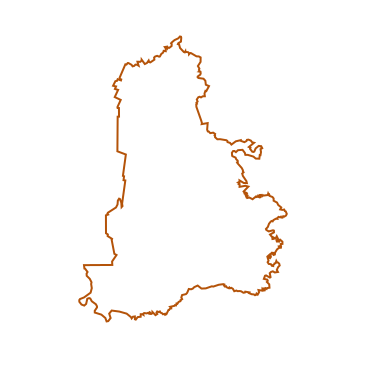 Tempoal, Veracruz, Mexico (Robinson projection), rotated 285°
{"feature_id": "50627088B37050079543362", "entity_name": "Tempoal", "entity_type": "district", "adm_level": 2, "iso_a3": "MEX", "parent_name": "Mexico", "parent_adm1": "Veracruz", "projection": "robinson", "projection_center": [-98.337, 21.55], "detail": "fine", "context": "isolated", "style": "outline", "palette": "amber", "viewbox_px": 384, "rotation_deg": 285, "n_neighbors": 0, "source": "geoboundaries", "source_scale": "gbopen_adm2", "svg_char_len": 6053}
<svg xmlns="http://www.w3.org/2000/svg" viewBox="0 0 384 384"><g transform="rotate(285 192 192)"><path d="M137.0,295.7L138.7,294.1L141.7,294.6L143.7,295.7L145.3,294.8L146.1,293.4L146.1,292.3L147.2,291.3L145.0,291.2L144.4,290.2L143.6,290.2L142.6,289.3L141.5,289.6L141.4,288.2L142.7,286.9L142.4,284.7L143.8,283.2L145.4,283.7L149.1,281.5L150.9,282.7L148.6,283.1L148.3,284.5L149.8,285.0L150.8,284.3L152.6,284.2L154.0,284.8L154.2,286.1L153.1,286.0L152.3,287.1L153.1,288.2L154.9,287.9L158.6,289.0L160.6,290.5L161.2,292.3L161.9,292.2L161.4,290.7L162.0,290.0L163.0,291.8L164.7,291.2L165.3,292.8L167.4,292.2L168.8,289.4L168.3,288.9L166.7,289.1L166.1,286.8L167.4,286.0L168.3,287.8L171.2,285.3L169.2,284.9L168.8,284.0L169.2,282.4L167.8,282.9L167.4,281.9L169.0,281.3L171.1,278.4L174.2,281.6L175.9,281.1L176.0,280.2L173.8,276.3L174.6,273.6L175.4,273.0L177.9,274.3L181.3,274.6L183.8,275.7L184.6,276.4L184.5,277.5L185.9,277.9L187.9,279.9L188.2,281.5L188.9,281.1L190.4,282.1L190.3,283.6L191.2,284.3L190.5,285.1L190.7,286.1L192.2,286.4L192.0,287.4L193.6,288.9L195.4,289.2L197.5,287.6L197.6,286.6L198.9,285.6L198.1,283.9L198.0,281.7L200.2,282.2L201.8,278.6L203.8,276.9L204.7,273.1L206.9,272.5L208.0,271.0L208.3,268.1L209.6,267.2L209.1,266.8L210.1,266.0L208.7,266.0L207.0,261.9L207.3,261.3L206.3,260.9L207.1,259.6L206.7,258.5L204.7,259.5L204.3,258.8L204.4,257.9L205.6,258.6L205.7,256.8L204.4,256.7L203.7,255.3L204.2,254.9L200.7,252.4L201.5,248.8L200.6,247.1L201.5,246.6L201.7,246.0L201.3,245.8L202.2,245.1L202.8,246.2L203.7,244.0L204.6,245.6L205.2,245.1L205.4,243.2L205.0,242.8L205.8,241.7L211.8,245.0L211.8,241.9L209.3,236.6L211.7,236.0L211.7,235.1L212.9,235.3L213.1,234.1L214.4,235.3L215.5,234.9L214.1,239.7L214.8,242.7L216.5,241.8L220.7,237.0L222.8,235.7L224.4,236.7L225.1,235.8L226.1,235.6L228.0,233.9L231.5,228.6L232.2,227.9L232.7,228.5L234.1,228.0L235.1,226.2L236.5,225.2L237.1,221.7L237.6,221.3L240.2,220.4L242.2,221.1L242.6,222.4L241.9,224.1L244.3,225.6L245.8,229.9L243.5,232.9L241.7,233.9L242.3,236.2L242.1,242.2L240.8,244.9L241.6,248.4L245.2,247.9L245.3,248.6L248.5,248.3L251.1,247.1L252.5,248.5L253.5,247.6L253.6,246.7L254.1,246.7L253.8,244.5L250.6,242.2L247.2,241.7L246.6,241.1L246.5,239.8L248.7,236.9L249.9,237.0L250.2,235.3L255.6,239.2L255.6,237.2L256.9,235.5L257.2,233.0L256.6,231.6L255.3,231.4L253.7,229.7L254.1,225.5L254.6,225.5L252.3,221.2L248.0,217.8L249.3,216.0L249.4,213.4L250.5,212.9L250.9,211.8L250.3,205.6L249.5,202.8L250.9,200.1L252.4,199.7L252.5,199.2L254.1,199.3L254.8,197.1L253.6,194.4L254.8,192.4L254.6,191.6L256.1,190.5L262.6,189.3L260.1,183.8L261.1,183.8L263.4,182.4L275.4,174.2L277.8,173.4L278.5,174.0L279.4,173.2L280.8,174.0L282.6,172.7L285.2,173.6L286.0,174.8L285.7,176.2L287.2,177.6L287.8,179.6L290.3,178.6L292.4,178.7L293.2,178.8L293.1,179.7L298.7,181.0L299.2,177.6L302.9,176.1L304.4,173.8L303.8,168.8L304.2,167.8L305.0,167.6L307.5,169.6L308.8,169.7L310.3,169.1L310.2,167.9L310.6,168.3L311.6,167.1L313.1,167.2L315.2,165.1L319.9,166.6L324.2,165.5L324.7,163.5L324.2,161.2L325.9,155.1L325.8,154.3L324.3,153.5L325.3,153.2L326.0,152.1L325.7,149.4L326.2,149.2L325.0,148.9L325.1,147.9L328.0,143.2L331.1,141.4L331.2,140.1L332.3,140.3L334.4,142.4L338.2,141.7L339.1,141.2L339.1,140.1L336.9,139.0L334.2,135.8L331.0,133.6L330.2,133.3L329.7,134.1L327.7,134.5L325.4,132.8L325.3,131.5L324.5,131.2L326.0,130.4L325.0,128.2L324.0,129.4L321.2,130.2L321.0,128.1L319.2,128.0L317.4,126.6L314.6,125.9L314.2,125.2L314.5,123.1L313.3,121.3L312.1,120.6L310.1,121.4L306.4,118.2L306.4,117.0L307.8,116.1L305.0,115.1L303.4,113.3L306.8,109.1L305.9,109.3L304.4,108.4L303.7,105.6L300.2,107.7L300.7,106.0L300.4,104.4L298.8,103.5L298.0,102.1L299.2,100.7L300.1,97.2L299.9,96.5L298.1,95.7L298.1,94.6L283.6,92.5L282.6,93.0L282.4,94.5L281.4,94.5L281.7,91.0L280.0,90.8L279.2,89.3L274.2,88.3L274.3,91.3L271.6,90.9L271.5,94.2L263.7,92.8L262.5,99.3L254.7,98.0L253.9,98.4L254.2,99.7L245.9,102.0L245.5,100.7L212.0,109.4L211.1,118.4L189.7,121.1L189.6,122.3L185.7,122.8L185.9,124.6L162.6,127.5L160.4,128.5L159.2,127.9L163.3,126.5L166.5,124.3L166.7,123.3L164.5,122.6L160.7,123.3L157.4,122.6L150.2,116.1L149.2,115.9L148.5,116.8L147.2,114.9L129.9,119.6L129.2,121.7L127.6,121.9L125.8,127.7L125.6,126.5L112.2,133.0L111.6,135.4L104.2,132.8L100.9,133.9L93.4,106.6L90.2,107.9L90.2,108.7L87.7,111.8L85.8,111.3L83.8,112.0L81.7,115.7L78.8,118.3L77.0,118.4L73.2,120.1L68.5,120.1L62.2,115.0L59.6,111.5L58.4,111.1L56.8,111.6L54.7,114.4L54.4,117.3L56.5,118.7L61.8,118.5L62.9,120.1L62.8,121.3L60.5,123.5L58.7,128.2L57.0,129.8L55.9,130.1L52.1,128.8L50.4,129.3L50.1,136.2L47.9,140.9L44.9,143.0L45.6,144.5L49.2,146.0L53.1,143.5L56.7,145.1L57.7,152.8L57.6,160.4L55.3,165.5L54.3,166.4L56.2,167.2L57.0,169.0L54.3,169.8L54.2,170.7L57.1,171.9L58.2,174.7L60.7,174.1L61.1,175.5L60.7,176.9L61.8,176.4L62.7,177.1L63.0,179.6L63.8,180.7L63.5,181.5L64.9,182.1L64.7,182.8L63.4,183.2L63.7,184.3L64.6,185.1L65.9,184.8L63.6,188.6L65.1,190.0L66.2,188.9L67.6,189.3L67.4,191.0L68.3,191.9L67.3,192.9L67.1,194.6L66.4,195.5L67.4,197.5L66.5,197.9L67.3,198.9L72.0,199.8L72.1,200.4L73.8,201.0L74.2,202.1L74.9,201.9L75.5,200.7L77.5,204.5L78.2,204.7L78.3,205.9L80.3,205.9L80.2,206.8L82.4,207.5L83.3,208.8L84.0,209.2L84.5,208.9L86.0,210.2L87.3,209.0L89.9,209.1L91.8,212.6L93.3,213.4L97.5,214.0L97.8,216.3L98.8,217.7L100.7,218.8L103.1,221.7L101.2,226.1L101.4,226.9L102.5,230.3L106.0,235.5L106.2,237.1L109.3,241.8L111.1,246.1L111.0,248.1L110.5,246.6L109.2,248.0L109.8,249.2L109.0,249.9L108.6,252.2L109.5,252.8L108.8,253.6L109.6,254.7L109.1,256.5L107.1,258.5L108.3,260.4L108.0,261.6L108.7,263.8L108.8,265.2L108.0,267.7L108.6,269.1L109.5,269.2L109.9,273.4L109.1,273.2L108.7,276.1L109.1,278.3L108.6,279.5L109.0,280.3L110.6,280.6L109.9,282.0L112.5,282.7L114.5,281.6L114.9,285.4L116.0,285.2L115.2,286.1L115.8,287.7L116.5,287.7L116.7,285.9L117.2,285.9L117.1,286.4L118.2,287.7L117.7,289.2L118.6,289.4L119.6,291.6L122.8,290.5L124.5,287.6L125.8,288.2L126.8,287.4L126.7,283.9L130.0,284.2L130.6,285.1L129.5,289.4L130.1,289.9L133.7,288.1L135.2,289.0L136.3,290.6L135.7,292.8L137.0,295.7Z" fill="none" stroke="#b45309" stroke-width="2"/></g></svg>